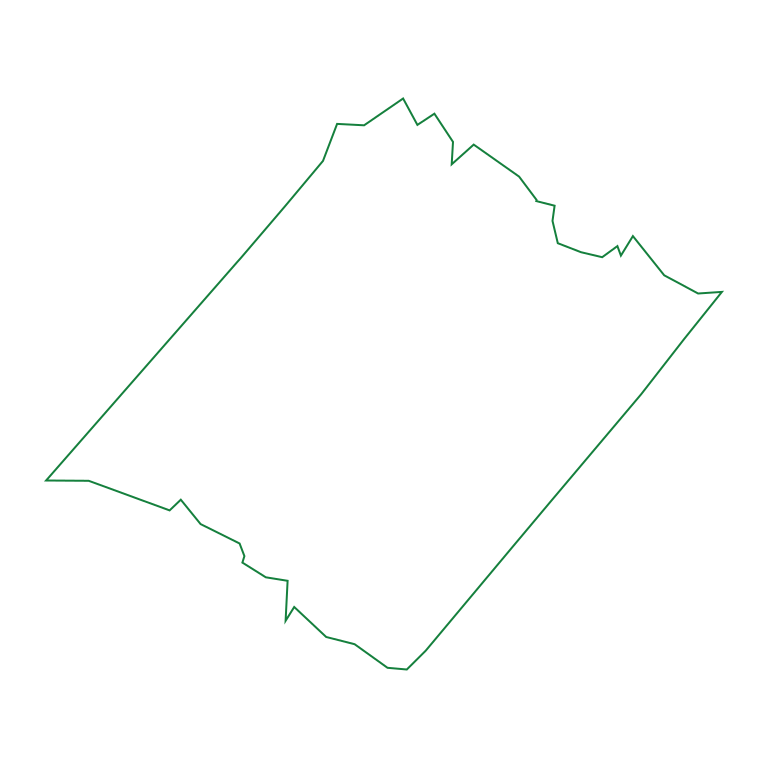 outline of Spotsylvania, Virginia, United States of America
{"feature_id": "52423323B87886421112437", "entity_name": "Spotsylvania", "entity_type": "district", "adm_level": 2, "iso_a3": "USA", "parent_name": "United States of America", "parent_adm1": "Virginia", "projection": "albers", "projection_center": [-77.631, 38.184], "detail": "fine", "context": "isolated", "style": "outline", "palette": "green", "viewbox_px": 768, "rotation_deg": 0, "n_neighbors": 0, "source": "geoboundaries", "source_scale": "gbopen_adm2", "svg_char_len": 700}
<svg xmlns="http://www.w3.org/2000/svg" viewBox="0 0 768 768"><path d="M536.6,200.0L519.1,176.6L473.7,144.6L451.7,164.3L453.0,141.9L434.4,113.7L417.4,124.9L403.1,98.5L364.1,125.3L337.1,123.9L323.0,160.9L284.9,206.4L241.0,257.8L236.9,262.4L46.1,480.5L88.7,480.8L169.6,510.4L180.8,499.7L200.6,524.1L239.6,543.5L244.4,556.1L242.4,562.6L265.8,577.3L287.6,580.8L285.6,620.8L294.2,607.0L326.2,637.0L354.6,644.2L387.5,667.8L406.8,669.5L425.7,650.7L512.3,547.2L551.0,501.1L641.2,394.2L684.0,339.2L721.9,291.9L698.1,293.5L664.2,275.3L632.9,236.1L620.9,255.6L617.4,246.1L602.2,257.2L581.0,252.2L557.8,243.2L552.5,220.9L554.6,205.7L536.3,201.1L536.6,200.0Z" fill="none" stroke="#15803d" stroke-width="2"/></svg>